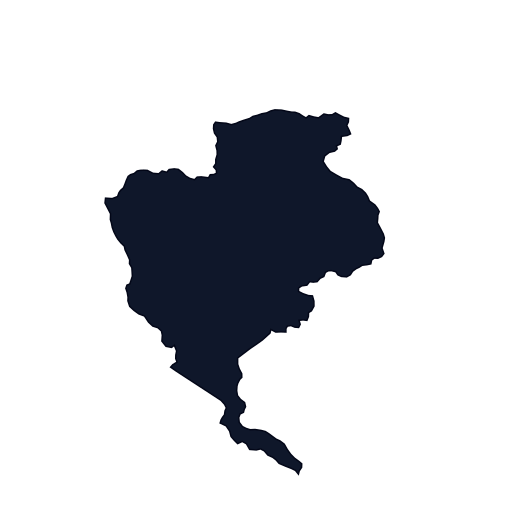 Corupá, Santa Catarina, Brazil, rotated 124°
{"feature_id": "56859067B90375091770903", "entity_name": "Corupá", "entity_type": "district", "adm_level": 2, "iso_a3": "BRA", "parent_name": "Brazil", "parent_adm1": "Santa Catarina", "projection": "equal_earth", "projection_center": [-49.314, -26.428], "detail": "fine", "context": "isolated", "style": "filled", "palette": "ink", "viewbox_px": 512, "rotation_deg": 124, "n_neighbors": 0, "source": "geoboundaries", "source_scale": "gbopen_adm2", "svg_char_len": 3461}
<svg xmlns="http://www.w3.org/2000/svg" viewBox="0 0 512 512"><g transform="rotate(124 256 256)"><path d="M292.2,413.1L296.5,410.8L299.0,406.2L302.3,400.2L307.2,397.1L309.4,394.4L312.7,391.1L315.4,387.4L317.7,383.3L319.3,379.9L320.7,375.2L321.5,370.6L324.1,368.0L326.9,363.2L329.8,358.6L333.1,356.6L335.1,352.4L338.2,350.0L341.9,347.2L346.7,345.8L349.8,345.0L352.3,346.7L355.6,345.8L358.1,342.5L361.7,339.0L364.8,337.1L368.4,332.5L369.3,326.7L369.5,320.7L368.1,314.9L370.9,308.1L371.8,302.3L370.3,297.3L371.0,292.5L374.0,289.4L379.2,286.4L381.2,280.1L379.0,274.9L375.7,273.8L379.1,268.7L382.9,267.1L385.9,265.2L388.1,262.1L392.6,264.2L395.9,264.6L396.0,258.1L395.2,204.3L396.5,199.1L398.5,195.6L401.6,195.1L405.3,193.3L408.4,193.5L411.3,193.3L414.5,192.3L413.5,185.8L415.9,179.9L419.6,175.7L420.9,170.9L421.8,166.3L417.4,163.7L417.0,158.9L419.9,153.1L416.6,147.3L413.4,144.4L412.9,140.2L414.4,134.9L413.5,129.5L413.8,125.3L415.0,120.9L413.7,114.1L412.3,107.9L411.7,103.4L413.1,98.9L410.0,100.0L405.8,100.0L402.7,101.9L402.3,105.6L402.1,111.0L401.0,116.4L398.9,122.0L396.2,127.4L395.9,132.8L396.6,136.9L396.4,141.3L396.2,146.0L396.3,150.1L397.8,154.3L400.4,159.8L403.3,163.7L404.5,167.8L405.0,171.9L403.3,176.9L399.6,180.0L395.9,180.9L392.6,179.0L389.8,180.0L386.8,180.4L383.9,183.5L383.6,188.7L382.1,193.3L378.5,196.7L374.4,199.1L371.6,200.0L367.4,200.5L364.6,199.9L361.6,202.0L359.0,206.8L356.0,210.7L350.8,214.2L335.8,209.1L328.8,206.3L322.1,203.8L312.1,201.3L308.6,202.6L308.0,197.1L304.9,192.9L302.3,188.7L299.5,190.6L296.6,190.8L294.1,188.1L293.3,184.1L291.4,180.7L287.9,181.2L285.3,184.4L282.6,181.2L280.9,177.8L276.9,178.7L273.5,180.8L270.5,179.4L265.2,179.9L261.0,182.8L257.5,186.9L259.5,190.4L261.0,196.0L261.6,200.9L258.7,202.8L255.2,201.4L251.7,197.5L247.3,197.2L245.6,193.9L243.1,191.0L238.6,190.4L235.1,188.3L230.8,189.3L227.9,187.9L225.9,185.2L224.4,181.1L225.8,177.5L225.2,173.8L222.6,169.2L218.8,167.3L214.6,167.4L210.4,165.9L207.8,164.3L204.3,162.8L201.1,159.1L198.3,156.4L194.7,157.9L191.6,156.8L189.7,153.7L186.2,151.6L182.5,151.4L179.0,156.0L172.6,158.1L169.2,159.7L166.6,162.8L163.3,168.8L160.6,174.0L156.8,176.1L154.0,177.8L150.3,178.7L148.6,181.9L147.2,186.0L147.0,192.7L144.4,196.6L142.7,200.4L141.8,205.5L142.4,210.7L141.2,215.7L140.7,221.4L143.3,227.7L144.0,234.8L144.4,241.8L142.7,247.4L140.1,253.2L134.7,255.0L129.1,253.2L125.1,249.5L121.8,248.6L119.7,250.9L116.2,248.7L113.0,250.0L109.0,252.1L105.1,247.8L101.9,245.9L99.7,249.1L97.0,253.8L93.2,254.4L90.2,256.2L91.9,260.7L92.6,266.4L92.9,270.2L96.3,271.8L98.7,275.1L100.3,279.1L103.1,280.1L106.5,281.4L108.5,285.9L110.0,290.6L113.6,291.7L113.9,295.5L113.9,299.8L115.0,304.0L116.9,307.0L118.8,311.4L120.8,316.4L124.3,322.1L127.5,324.9L131.3,327.1L134.8,330.7L138.7,333.6L142.0,336.6L145.5,338.1L150.5,342.1L154.4,345.0L157.1,346.6L160.9,349.9L162.6,355.0L165.8,360.5L167.7,364.4L170.8,364.4L174.2,362.4L177.3,359.1L179.0,354.6L182.6,351.6L186.9,351.0L190.3,347.2L193.7,344.8L198.5,343.3L201.9,341.0L205.8,341.0L206.8,337.1L209.4,335.0L212.0,336.5L214.2,339.4L217.7,339.1L219.3,342.3L221.0,345.6L223.5,348.9L227.1,349.6L228.7,354.3L229.0,359.1L228.0,363.6L227.6,368.8L229.5,372.5L232.9,376.4L236.5,376.8L238.0,381.4L242.2,382.6L245.1,387.7L245.8,394.0L247.7,397.1L249.7,399.8L252.0,402.1L255.7,403.1L258.7,405.5L261.5,406.5L265.7,405.8L269.7,404.8L273.6,404.0L277.4,405.0L280.3,405.0L284.1,404.0L288.8,407.3L292.2,413.1Z" fill="#0f172a" stroke="#020617" stroke-width="1.5"/></g></svg>